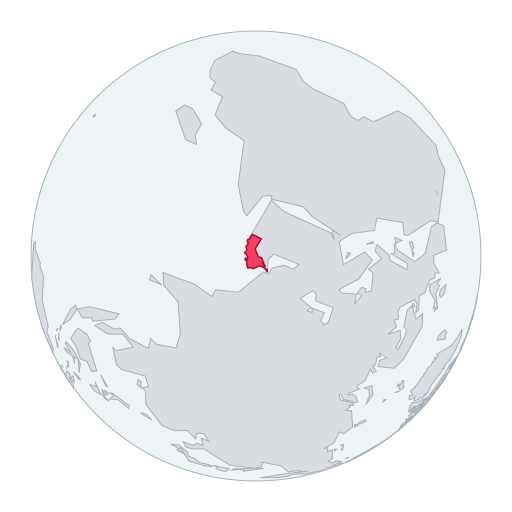 the Earth from above Oman, rotated 140°
{"feature_id": "OMN", "entity_name": "Oman", "entity_type": "country or territory", "adm_level": 0, "iso_a3": "OMN", "parent_name": "Asia", "parent_adm1": "", "projection": "orthographic", "projection_center": [56.004, 21.502], "detail": "fine", "context": "on_globe", "style": "filled", "palette": "rose", "viewbox_px": 512, "rotation_deg": 140, "n_neighbors": 0, "source": "natural_earth", "source_scale": "50m", "svg_char_len": 12697}
<svg xmlns="http://www.w3.org/2000/svg" viewBox="0 0 512 512"><g transform="rotate(140 256 256)"><circle cx="256" cy="256" r="225" fill="#eef3f6" stroke="#a8b0b8"/><path d="M315.5,38.7L313.5,38.2L319.7,40.0L320.6,40.6L311.8,37.9L312.4,38.8L294.8,35.2L273.6,31.4L261.4,30.9L238.1,31.4L257.6,30.7L277.1,31.7L296.5,34.4L315.5,38.7ZM233.5,31.8L223.2,33.1L219.5,33.8L215.3,34.5L216.0,34.6L220.5,34.0L222.3,34.0L220.6,34.6L215.0,35.2L212.5,35.5L210.4,35.7L210.5,36.0L203.9,37.1L207.8,37.0L200.3,38.7L196.7,39.3L200.5,37.9L200.9,37.6L217.1,34.1L233.5,31.8ZM174.7,45.9L180.9,43.7L176.0,45.7L167.4,49.3L161.2,51.8L157.2,53.7L160.0,53.1L145.5,60.2L130.9,69.7L127.5,71.8L126.5,71.7L129.2,69.8L143.8,60.7L158.9,52.7L174.7,45.9ZM183.1,42.9L182.0,43.3L181.2,43.5L183.1,42.9ZM189.0,40.9L187.2,41.5L189.0,40.9ZM329.0,43.0L329.7,43.4L327.2,42.4L329.0,43.0ZM196.2,38.8L198.9,38.2L186.9,41.7L191.9,40.0L196.2,38.8ZM328.8,43.3L330.4,45.0L335.0,46.5L323.0,43.8L325.6,42.9L321.9,41.2L326.2,42.6L328.8,43.3ZM222.7,33.6L217.9,34.3L223.5,33.3L222.7,33.6ZM225.9,33.0L240.7,31.2L247.1,31.0L240.8,31.4L250.3,31.1L246.1,31.8L239.9,32.1L236.7,32.0L237.6,32.5L225.9,33.0ZM316.2,42.3L315.0,42.5L314.2,41.8L316.2,42.3ZM223.5,34.0L225.9,33.4L231.6,33.1L227.8,34.1L227.2,33.8L223.5,34.0ZM254.8,30.9L258.4,31.1L255.9,31.6L257.0,31.9L246.5,31.8L254.8,30.9ZM225.0,34.2L225.7,34.7L221.4,35.5L221.5,34.5L225.0,34.2ZM234.7,32.6L237.2,32.6L234.5,32.9L234.7,32.6ZM206.8,39.3L209.5,38.3L212.7,37.9L206.8,39.3ZM226.2,34.9L227.7,34.7L229.2,34.5L228.8,35.1L226.2,34.9ZM245.6,32.4L243.8,32.7L249.7,32.4L248.1,33.1L241.4,33.1L243.7,33.4L243.2,33.7L238.3,33.4L245.6,32.4ZM233.1,35.3L224.0,36.1L218.2,37.9L215.2,38.2L225.1,35.3L233.1,35.3ZM236.6,34.2L233.7,34.9L231.4,34.6L232.0,34.0L236.6,34.2ZM249.5,33.7L253.6,32.6L254.9,32.7L249.5,33.7ZM231.8,35.8L234.0,35.7L231.7,36.0L231.8,35.8ZM244.6,34.3L245.8,33.8L247.3,33.9L244.6,34.3ZM237.4,35.9L234.5,36.1L234.7,35.6L237.4,35.9ZM241.0,35.2L242.7,35.5L236.6,35.3L241.4,35.0L241.0,35.2ZM245.7,34.5L247.0,34.4L245.0,34.7L245.7,34.5ZM238.1,38.1L230.2,38.0L230.8,36.7L238.3,36.9L238.1,38.1ZM49.0,262.1L47.0,225.2L52.2,214.9L56.1,200.3L94.7,165.0L99.5,170.9L126.1,174.0L128.8,176.9L122.1,187.4L139.1,207.4L148.9,199.5L167.9,211.6L182.9,213.7L194.6,193.2L170.1,189.1L169.5,178.1L192.0,172.4L213.9,176.9L214.4,172.8L203.5,162.0L211.6,155.7L200.1,157.8L202.5,162.4L195.3,164.1L192.7,160.2L195.7,157.9L189.9,155.1L177.3,167.7L178.4,173.7L161.4,173.2L161.6,183.4L155.9,187.0L153.5,171.2L156.1,166.1L149.0,148.1L144.8,153.2L151.1,170.8L147.8,168.8L142.1,176.9L143.8,169.1L138.0,149.6L124.7,149.2L102.5,165.8L95.9,165.0L92.8,158.3L106.3,138.1L119.5,142.3L124.5,136.3L126.4,125.3L130.3,127.9L132.7,124.3L138.2,125.8L150.4,119.4L156.7,120.4L165.9,110.3L170.3,109.7L163.6,115.6L162.3,120.7L178.3,124.2L182.7,122.6L187.4,116.1L191.2,118.3L193.7,111.6L205.1,111.2L193.3,106.4L198.5,99.6L207.7,95.8L207.3,93.0L192.3,99.4L188.2,102.9L188.0,107.1L175.0,117.2L168.6,117.8L174.2,104.8L165.6,104.6L173.7,95.4L209.4,82.1L222.1,81.1L233.7,93.0L228.3,96.5L221.3,93.8L223.7,102.3L225.4,98.7L228.6,100.9L234.4,95.8L236.9,97.2L238.1,90.3L241.9,91.5L241.0,95.8L252.8,90.3L261.7,91.8L263.2,90.0L262.2,87.6L274.2,91.6L274.7,90.1L271.0,88.2L269.6,84.2L271.8,78.9L275.9,80.6L275.6,82.7L281.2,90.1L279.8,96.0L281.7,96.3L283.8,91.5L277.1,82.4L277.3,78.8L281.3,82.6L279.9,81.0L281.2,79.7L286.4,80.3L282.3,76.0L291.9,62.9L302.8,63.4L305.3,67.8L316.3,62.6L327.7,65.0L324.2,63.0L327.1,60.0L323.6,59.2L322.1,58.1L327.9,51.9L332.5,52.3L331.0,48.7L329.2,47.9L325.8,47.3L323.0,43.8L335.0,46.5L338.4,48.2L343.6,49.4L350.7,53.3L359.0,57.6L363.8,62.2L370.0,65.8L371.3,65.9L380.6,71.4L395.2,83.4L377.6,72.9L354.5,57.9L363.4,63.6L359.7,62.3L361.8,64.6L368.3,69.0L370.1,69.4L371.6,79.1L383.7,93.9L387.1,91.2L393.5,94.4L410.2,112.2L420.3,142.1L429.0,149.3L432.4,155.2L431.2,160.4L426.2,151.8L421.2,150.2L418.5,145.0L415.0,151.5L411.0,144.4L410.2,153.5L415.2,158.4L419.8,154.8L420.8,166.6L431.0,174.6L436.9,186.8L435.7,213.0L427.4,223.9L427.8,228.2L422.1,225.1L418.1,235.2L431.8,255.3L432.7,262.1L424.5,278.1L423.7,273.2L408.5,265.1L408.3,281.7L419.9,291.9L424.0,306.3L416.2,303.8L411.7,291.3L406.3,288.0L405.9,273.8L397.8,254.4L389.8,260.5L388.7,252.0L376.4,236.9L363.9,245.1L345.2,270.9L345.6,292.6L337.9,303.0L321.2,274.0L316.0,253.4L308.6,256.0L292.6,239.4L260.9,239.3L257.7,233.9L251.5,236.4L240.4,230.8L236.0,221.8L228.7,222.1L240.9,245.9L248.8,245.7L257.3,236.8L259.0,245.2L269.8,252.7L253.3,272.8L208.3,288.8L206.2,272.4L183.6,225.3L185.5,220.4L185.5,219.8L185.3,218.8L181.0,226.5L177.8,217.3L187.5,249.8L188.2,263.3L207.7,289.7L205.3,292.1L212.2,297.6L237.2,292.8L236.9,298.1L223.7,322.1L191.1,351.9L196.8,373.3L196.7,390.4L179.3,399.4L183.8,412.2L175.3,415.2L176.8,422.0L171.6,427.9L161.9,432.2L142.2,427.8L138.5,421.6L125.0,407.1L105.1,372.7L107.5,359.4L104.7,347.2L90.7,316.2L93.6,301.8L90.5,294.2L83.6,293.2L80.3,284.0L76.4,282.2L54.1,276.2L49.0,262.1ZM77.6,185.8L75.7,190.0L77.6,185.8ZM234.8,193.1L249.5,195.0L246.8,181.2L252.2,181.0L249.3,176.6L246.6,180.2L240.1,168.5L247.8,165.2L248.0,159.5L243.1,158.7L230.0,166.8L239.2,183.3L234.2,188.5L234.8,193.1ZM115.6,80.5L109.9,85.0L113.9,81.6L112.6,82.4L119.6,76.7L126.2,72.6L122.0,75.2L115.6,80.5ZM140.7,105.0L141.0,108.0L136.7,111.5L128.8,112.0L135.0,106.7L140.7,105.0ZM142.5,111.5L150.3,99.4L155.5,99.2L151.2,101.2L153.9,102.3L147.8,106.0L145.2,118.3L141.2,122.4L128.8,120.1L135.1,118.3L134.4,115.3L142.5,111.5ZM160.9,74.5L164.3,70.8L171.2,74.9L167.2,77.9L159.0,78.2L159.0,74.7L160.9,74.5ZM191.0,41.6L191.9,41.0L193.4,40.7L194.0,40.9L191.0,41.6ZM207.8,38.9L188.8,44.1L188.9,43.6L177.7,48.1L173.5,48.6L180.8,45.5L169.2,49.7L174.2,47.2L166.3,50.4L183.1,43.4L187.1,41.8L184.3,43.3L188.1,42.7L190.9,42.0L201.9,39.0L212.3,35.9L217.8,35.5L218.8,36.0L217.2,36.6L214.2,36.6L214.1,37.5L208.5,38.1L207.8,38.9ZM228.2,50.5L225.4,48.7L224.3,53.5L218.7,52.9L218.9,53.5L213.4,54.4L207.1,56.8L205.1,56.2L203.5,57.4L199.8,58.3L197.0,59.9L192.4,59.5L188.5,61.6L188.5,60.3L183.1,64.0L185.0,61.2L180.5,62.5L181.0,64.5L162.9,61.9L153.8,64.0L145.2,67.6L149.7,63.0L160.6,57.1L173.9,51.9L182.0,50.9L182.6,49.4L186.6,48.6L184.5,50.1L190.2,47.4L192.9,47.3L204.8,44.5L211.3,41.3L215.8,40.5L214.6,41.7L219.9,40.1L220.7,42.0L224.0,41.6L228.0,43.4L223.9,46.4L227.8,45.8L231.1,47.5L228.2,50.5ZM239.0,38.7L235.3,41.8L230.4,43.2L225.4,39.6L222.4,39.7L219.0,38.1L226.1,36.3L226.5,36.8L228.4,37.0L225.4,37.5L229.3,37.2L229.8,38.1L233.0,38.3L231.0,39.2L239.0,38.7ZM134.2,173.8L136.7,175.0L141.1,175.6L137.6,181.1L134.2,173.8ZM129.9,160.5L132.5,160.4L129.7,167.8L127.1,166.8L129.9,160.5ZM136.3,154.5L132.8,159.9L133.1,156.4L136.3,154.5ZM166.3,115.5L169.3,115.3L168.7,117.0L165.9,119.0L166.3,115.5ZM223.7,66.6L222.9,64.8L224.4,64.4L227.1,60.2L231.5,60.6L231.6,63.3L223.7,66.6ZM189.1,196.2L183.4,199.6L181.8,197.3L184.1,196.6L189.1,196.2ZM158.2,190.3L164.2,194.4L157.2,191.8L158.2,190.3ZM229.0,66.4L229.6,64.5L231.4,65.9L229.0,66.4ZM234.8,60.8L237.4,62.1L232.3,60.2L234.8,60.8ZM289.3,466.5L291.9,467.6L288.1,468.0L289.3,466.5ZM235.1,390.4L224.4,418.4L213.7,417.8L209.9,409.4L212.7,392.2L224.5,387.9L229.9,379.9L235.1,390.4ZM453.9,327.8L456.7,327.0L456.4,328.0L453.9,327.8ZM451.0,326.3L454.6,324.6L450.1,328.8L451.0,326.3ZM456.0,324.0L459.6,320.1L461.2,317.6L460.6,319.7L456.0,324.0ZM448.4,327.7L432.6,334.4L425.7,334.4L427.8,330.3L438.8,326.9L448.4,327.7ZM427.2,330.4L416.2,324.2L398.0,299.6L404.6,298.4L423.0,311.0L421.9,314.5L428.6,320.1L427.2,330.4ZM452.1,302.0L450.9,311.7L442.6,314.7L438.5,314.9L435.8,304.2L437.4,297.6L440.8,296.4L451.8,270.3L456.1,273.3L453.3,283.8L456.7,290.2L452.1,302.0ZM346.8,294.5L352.8,306.3L348.4,309.0L346.8,294.5ZM454.5,253.6L451.3,264.9L453.7,250.8L454.5,253.6ZM454.9,241.0L456.0,245.5L453.4,242.0L454.9,241.0ZM429.4,234.5L425.8,237.0L424.9,233.8L428.9,228.8L429.4,234.5ZM441.3,197.4L444.5,206.8L444.9,210.3L441.8,205.3L441.3,197.4ZM267.3,71.6L258.6,76.5L255.3,81.2L258.0,85.4L250.5,82.1L255.6,74.7L267.3,71.6ZM288.4,63.6L286.0,60.6L289.5,61.0L290.5,61.7L288.4,63.6ZM285.3,62.4L277.8,60.7L278.0,58.5L283.9,60.2L285.3,62.4ZM253.2,62.5L250.3,63.7L248.9,62.5L253.2,62.5ZM441.9,383.3L418.8,408.1L415.8,409.0L420.7,402.9L426.3,388.3L427.7,387.8L432.0,376.9L448.0,359.6L460.8,335.3L464.8,332.6L470.8,315.6L473.4,312.4L470.0,324.8L469.8,327.0L464.3,341.8L457.8,356.2L450.3,370.0L441.9,383.3ZM460.8,324.4L465.3,314.7L467.1,312.8L460.8,324.4ZM477.9,295.0L476.5,298.6L477.6,293.2L478.1,287.2L474.9,289.6L474.3,286.3L475.9,281.7L473.1,281.5L476.3,276.0L477.1,283.4L478.7,274.5L480.2,272.7L480.7,272.2L477.9,295.0ZM475.2,295.3L475.6,294.7L474.9,297.9L475.2,295.3ZM468.7,294.3L468.4,296.9L467.3,295.8L468.7,294.3ZM470.2,291.7L472.9,291.7L469.8,294.0L470.2,291.7ZM458.8,291.1L460.0,296.1L463.9,290.1L460.9,297.2L462.9,305.1L461.8,309.2L459.9,300.5L458.3,311.7L456.5,312.5L456.1,304.0L458.2,291.9L459.9,286.3L466.6,280.1L458.8,291.1ZM470.3,284.7L469.5,278.6L470.0,273.6L471.0,276.4L470.3,284.7ZM465.9,264.5L462.3,258.6L460.1,263.2L463.8,249.1L466.7,257.1L465.9,264.5ZM461.5,249.1L459.4,253.3L461.0,245.4L461.5,249.1ZM458.4,251.0L457.2,245.8L459.3,245.4L458.4,251.0ZM462.8,248.5L461.6,239.1L463.5,243.9L462.8,248.5ZM453.9,234.4L460.0,240.6L453.6,240.2L449.2,222.9L451.6,221.1L453.9,234.4ZM440.7,158.4L437.8,154.1L438.8,151.8L440.5,155.4L440.7,158.4ZM439.3,142.1L438.1,149.9L436.6,156.9L439.0,158.1L442.2,166.6L436.5,160.6L434.6,150.1L436.4,146.2L432.8,139.6L431.8,133.8L426.2,126.4L424.5,122.5L430.2,128.2L439.3,142.1ZM423.6,123.4L413.4,110.4L417.0,110.1L420.0,112.8L423.2,118.8L421.1,118.6L423.6,123.4ZM412.0,107.4L409.8,107.2L390.2,91.7L387.0,88.5L403.8,99.1L402.7,99.7L406.9,103.9L412.0,107.4ZM317.4,43.2L315.2,42.6L317.3,42.9L317.4,43.2ZM320.1,57.7L318.5,56.2L321.0,56.3L320.1,57.7ZM315.4,52.5L313.6,53.3L313.8,51.7L315.4,52.5ZM310.1,55.6L312.2,53.3L312.6,56.6L310.1,55.6Z" fill="#d9dde1" stroke="#a8b0b8" stroke-width="1"/><path d="M245.0,275.0L244.8,274.4L244.6,273.9L244.4,273.4L244.1,272.9L244.0,272.5L243.7,272.4L243.6,272.0L243.4,271.6L243.2,271.2L243.1,270.8L242.9,270.4L242.8,270.0L242.6,269.6L242.5,269.2L242.3,268.8L242.1,268.4L242.0,268.0L241.8,267.6L241.7,267.2L241.5,266.8L241.4,266.5L241.2,266.1L241.0,265.7L241.6,265.5L242.2,265.3L242.9,265.1L243.5,264.9L244.1,264.6L244.8,264.4L245.4,264.2L246.1,264.0L246.7,263.8L247.3,263.6L248.0,263.4L248.6,263.1L249.3,262.9L249.9,262.7L250.5,262.5L251.2,262.3L251.8,262.0L252.2,261.9L252.4,261.4L252.5,261.0L252.6,260.5L252.8,260.1L252.9,259.6L253.1,259.2L253.2,258.8L253.3,258.3L253.5,257.9L253.6,257.5L253.7,257.0L253.9,256.6L254.0,256.2L254.1,255.7L254.3,255.3L254.4,254.9L254.6,254.4L254.7,254.0L254.4,253.7L254.1,253.1L253.8,252.6L253.5,252.1L253.3,251.7L253.0,251.3L253.1,250.7L253.1,250.4L253.1,250.0L253.3,249.4L253.7,248.6L253.9,248.1L254.1,247.6L254.2,247.3L254.3,246.9L254.3,246.6L254.2,246.5L254.1,246.4L254.4,246.2L254.9,246.1L255.2,246.1L255.6,246.0L255.9,245.9L256.0,245.8L255.9,245.6L255.7,245.3L255.3,245.3L255.1,245.2L255.3,244.8L255.3,244.7L255.2,244.5L255.2,244.3L255.2,243.9L255.3,243.7L255.2,243.1L255.3,242.8L255.4,242.6L255.5,242.4L255.9,242.4L256.0,242.4L256.0,242.6L255.9,242.8L256.0,243.0L256.2,243.3L256.4,243.2L256.5,243.1L256.7,242.9L256.9,242.8L257.1,242.5L257.2,242.4L257.4,242.3L257.7,243.4L258.3,244.3L258.8,244.9L259.3,245.6L260.0,246.2L260.4,246.5L261.8,246.9L262.6,247.1L263.6,247.2L264.4,247.6L264.6,247.6L265.0,247.5L265.3,247.5L266.0,248.0L266.2,248.5L266.5,248.7L266.8,249.1L266.9,249.5L267.5,250.1L268.0,250.8L268.4,251.3L268.8,251.6L269.4,251.7L269.9,251.9L269.9,252.2L269.9,252.7L269.8,253.0L269.4,253.7L269.3,254.1L268.8,254.8L268.3,255.9L268.1,256.1L267.2,256.7L266.6,257.4L265.9,258.6L265.3,259.9L265.1,260.2L264.6,260.3L264.3,260.3L264.1,260.2L264.2,259.9L264.2,259.5L263.7,259.6L263.2,260.5L262.9,260.9L262.8,261.4L262.6,262.0L262.4,262.6L262.3,263.1L262.3,263.4L262.5,264.1L262.5,264.8L262.6,265.2L262.7,265.7L262.4,265.9L262.2,266.0L261.3,266.0L260.4,266.2L259.5,266.5L259.1,266.8L258.4,267.5L258.0,269.1L257.4,269.8L257.0,270.0L256.0,270.0L254.5,270.2L254.0,270.4L253.2,271.4L253.1,271.7L253.3,271.9L253.3,272.2L253.3,272.4L252.9,273.1L252.5,273.5L251.4,273.8L251.0,273.6L250.6,273.5L249.9,273.5L248.7,273.6L248.3,274.0L247.6,274.2L247.0,274.6L245.8,274.7L245.0,275.0ZM257.0,239.7L257.0,239.8L256.9,239.8L256.6,239.7L256.5,239.3L256.5,238.9L256.6,238.5L256.6,238.1L256.4,238.1L256.6,237.5L256.7,237.4L256.8,237.5L257.1,237.4L257.2,237.1L257.3,236.9L257.4,237.0L257.5,237.0L257.5,237.5L257.5,237.9L257.3,239.1L257.2,239.3L257.1,239.5L257.0,239.7ZM266.0,261.0L265.8,261.0L265.7,261.0L265.7,260.5L266.3,259.9L266.6,259.1L266.8,259.8L266.4,260.1L266.2,260.8L266.0,261.0ZM257.0,241.3L256.8,241.4L256.7,241.4L256.8,241.2L257.0,241.1L257.0,241.3Z" fill="#f43f5e" stroke="#9f1239" stroke-width="1.5"/></g></svg>